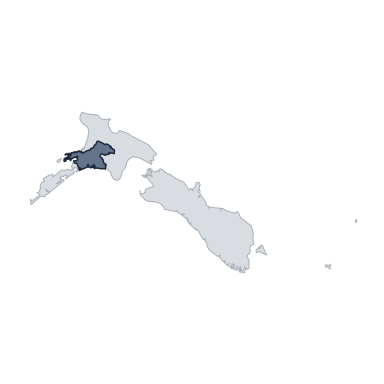 where Waikato sits in New Zealand, rotated 265°
{"feature_id": "NZL-5468", "entity_name": "Waikato", "entity_type": "Regional Council", "adm_level": 1, "iso_a3": "NZL", "parent_name": "New Zealand", "parent_adm1": "", "projection": "robinson", "projection_center": [175.468, -37.886], "detail": "fine", "context": "in_parent", "style": "filled", "palette": "slate", "viewbox_px": 384, "rotation_deg": 265, "n_neighbors": 0, "source": "natural_earth", "source_scale": "10m", "svg_char_len": 8794}
<svg xmlns="http://www.w3.org/2000/svg" viewBox="0 0 384 384"><g transform="rotate(265 192 192)"><path d="M200.8,153.9L202.5,154.0L209.9,148.7L213.0,147.6L213.8,147.4L212.1,149.0L212.5,150.2L210.8,153.8L212.3,153.2L213.1,150.7L214.1,150.2L213.7,148.8L218.2,149.3L216.7,151.8L214.3,153.3L215.8,153.4L219.2,150.8L219.2,152.3L214.8,156.6L216.2,159.0L215.1,161.0L216.3,160.7L218.0,162.2L217.0,164.2L212.3,169.2L211.6,171.7L207.3,176.1L202.7,184.4L194.1,189.7L195.7,191.2L192.7,193.1L195.1,192.8L196.8,195.9L200.7,196.9L201.0,199.9L198.5,200.8L196.0,199.4L192.4,199.9L193.6,198.7L192.1,197.8L189.5,200.4L185.6,197.4L187.8,200.9L180.3,204.8L177.2,205.2L176.1,207.3L174.3,207.5L175.4,208.2L173.2,219.1L171.1,219.1L173.1,220.3L172.8,221.4L170.4,224.5L167.1,232.8L168.4,234.7L168.3,236.1L162.1,238.2L153.1,248.1L144.8,249.5L140.0,248.4L134.6,249.1L133.6,246.3L131.7,244.8L126.7,244.9L124.3,241.8L122.3,241.0L119.9,242.7L112.2,242.4L110.8,241.9L110.4,240.7L113.2,237.6L110.6,239.3L109.5,239.1L110.5,237.7L110.3,236.4L107.2,237.7L107.3,235.0L114.3,233.3L111.5,233.1L111.3,232.1L114.0,230.1L110.3,230.3L110.8,227.9L112.8,227.9L112.0,226.2L116.2,228.0L115.6,226.3L117.2,225.8L114.3,224.6L114.1,222.9L115.6,221.6L117.5,222.1L116.1,220.6L119.5,217.6L120.3,219.9L120.5,216.6L124.7,213.4L126.5,214.7L125.7,211.7L132.8,204.2L136.8,202.2L139.1,202.6L142.8,200.3L144.4,201.2L143.7,199.5L144.2,198.7L153.7,194.4L153.7,193.0L154.7,192.8L154.0,192.4L159.4,187.7L161.7,188.1L160.3,186.7L162.6,185.5L164.8,186.4L163.5,185.0L165.5,184.1L166.6,185.3L166.6,183.5L169.9,179.7L170.5,182.7L170.9,182.3L170.7,179.3L173.0,175.8L174.8,175.1L173.9,174.1L177.1,163.2L180.6,161.8L183.8,158.6L185.8,152.5L186.4,148.0L188.3,144.6L193.7,140.3L198.1,140.3L195.0,140.7L194.6,143.0L195.6,144.9L198.9,146.2L200.8,153.9ZM197.4,32.1L202.3,40.2L204.8,37.7L205.2,39.6L209.9,41.8L210.8,41.0L214.7,43.1L215.3,46.0L218.0,45.0L221.4,51.1L220.9,52.6L222.0,54.8L219.2,55.0L225.3,64.2L224.6,67.5L225.6,69.7L224.1,73.8L226.7,75.1L227.6,74.1L232.8,76.6L234.1,80.5L236.4,80.4L235.6,71.1L234.1,68.7L235.2,67.2L238.5,72.1L239.9,71.9L241.4,76.0L243.1,84.6L245.2,87.3L244.1,86.9L243.8,87.6L244.9,88.4L254.7,92.8L262.2,94.7L266.5,93.0L269.0,89.5L273.3,86.8L277.2,87.0L281.1,89.2L278.9,94.1L276.9,104.8L272.6,107.9L271.6,113.3L272.4,115.5L271.5,117.2L269.7,114.9L265.8,114.2L259.2,116.9L257.3,119.5L257.1,122.9L259.6,125.1L255.6,133.8L253.3,136.2L242.9,152.7L233.0,159.9L231.7,159.2L230.9,156.4L226.7,156.5L227.0,153.3L226.5,152.9L224.9,154.8L223.1,154.1L230.8,142.1L232.2,136.2L230.7,133.0L228.5,130.1L222.0,127.6L218.8,124.5L212.6,122.1L210.8,120.6L210.1,118.7L211.2,115.4L214.6,113.5L219.4,112.2L222.4,109.0L224.1,98.9L226.0,95.2L225.4,92.9L227.3,91.3L224.3,84.8L224.8,82.9L223.9,82.6L222.1,78.5L223.2,78.3L224.3,80.6L225.4,78.7L227.2,78.3L225.0,75.7L222.3,76.5L220.5,75.7L219.0,71.8L216.1,67.5L217.0,67.4L219.3,69.5L220.1,67.9L218.6,65.4L219.2,63.0L217.3,61.6L217.1,63.1L213.8,60.9L211.9,57.0L212.0,59.0L215.8,64.6L214.7,65.7L214.1,65.1L204.3,50.4L207.5,46.3L205.6,47.1L203.8,49.6L202.8,48.6L202.2,46.7L199.8,44.3L200.9,42.8L200.9,40.8L193.5,30.7L198.6,30.2L197.4,32.1ZM128.6,250.7L131.4,254.4L129.9,254.1L130.0,254.9L132.8,255.7L132.9,257.3L122.8,260.7L126.5,254.4L126.1,250.8L128.6,250.7ZM106.8,321.6L107.8,323.9L104.6,322.7L102.9,323.2L105.3,321.0L105.6,318.6L107.9,318.9L106.8,321.6ZM236.0,61.8L236.6,64.7L233.5,62.6L233.3,61.1L234.1,60.0L236.0,61.8ZM212.5,146.5L210.5,147.5L211.0,145.2L213.2,143.8L212.5,146.5ZM110.6,232.3L110.4,233.6L107.5,233.1L109.7,231.6L110.6,232.3ZM149.5,352.5L150.3,353.4L148.8,353.8L147.3,352.5L149.5,352.5ZM113.5,223.9L114.2,226.0L112.3,224.9L113.5,223.9Z" fill="#d9dde1" stroke="#a8b0b8" stroke-width="1"/><path d="M222.7,107.6L222.9,107.5L222.8,107.2L222.9,106.9L223.0,106.6L223.0,106.3L223.1,103.2L223.2,102.5L223.7,101.4L223.9,100.7L224.0,100.0L224.1,99.0L224.2,98.3L224.2,97.9L224.2,97.6L224.0,97.3L223.9,97.0L224.0,96.7L224.3,96.8L224.5,96.8L224.8,96.8L225.0,96.7L225.1,96.9L225.1,97.1L225.3,97.3L225.4,97.1L225.7,97.2L225.8,97.5L226.1,97.6L226.4,97.4L226.2,97.4L225.9,97.1L226.3,96.9L226.8,97.0L227.2,96.9L227.5,96.6L227.2,96.6L226.9,96.6L226.9,96.2L226.6,95.9L226.2,95.8L225.9,95.9L225.8,96.1L225.7,96.3L225.4,96.5L225.2,96.3L225.2,96.1L225.3,95.8L225.3,95.6L225.5,95.4L225.9,95.2L226.4,94.7L226.7,94.6L226.7,94.2L226.5,93.9L226.2,93.9L225.9,94.2L225.8,94.6L225.6,94.8L225.2,94.5L225.1,94.2L225.2,92.5L225.6,91.6L226.3,91.4L227.2,91.4L228.0,91.3L227.9,91.1L227.7,90.9L227.8,90.7L228.0,90.3L227.9,90.0L227.3,90.4L227.2,90.5L227.1,90.8L227.0,90.7L226.9,90.7L226.4,90.8L226.1,90.6L225.1,87.0L224.3,85.0L224.1,84.2L224.2,83.8L224.4,83.7L224.8,83.6L225.0,83.4L225.2,83.1L225.3,82.7L225.5,82.3L225.9,82.2L225.7,81.9L225.5,82.0L225.3,82.1L225.0,82.3L224.9,82.4L224.5,83.2L224.3,83.3L223.9,83.0L223.7,82.7L223.4,82.0L224.2,81.7L225.2,81.3L226.5,80.9L228.1,80.5L229.8,80.1L230.7,79.6L230.8,78.2L231.1,77.4L231.9,77.0L232.4,77.1L233.2,76.9L233.3,77.1L233.3,77.4L233.3,77.8L233.1,79.0L233.2,79.5L233.3,79.9L233.6,80.2L233.8,80.5L234.3,80.8L235.0,80.8L235.7,80.6L236.3,80.3L236.4,80.2L236.5,80.0L236.9,80.1L236.9,80.7L237.0,81.0L237.4,81.3L237.7,81.1L237.3,80.8L237.2,80.6L237.2,80.0L237.0,79.5L237.0,79.3L236.7,78.7L236.7,77.5L236.6,77.3L236.6,77.2L236.2,76.0L236.1,75.8L236.0,75.6L235.8,75.4L235.4,75.2L235.2,75.0L235.2,74.8L235.1,74.6L235.0,74.4L234.8,74.3L235.2,74.2L235.5,74.2L235.8,74.2L236.1,73.9L235.6,73.9L235.3,73.9L235.1,73.8L235.3,73.7L235.5,73.7L235.8,73.4L235.6,73.4L235.3,73.3L236.1,73.1L236.4,72.9L236.3,72.4L236.0,72.6L235.9,72.5L235.8,72.3L235.8,72.1L235.9,71.9L235.5,71.4L235.6,70.9L235.8,70.5L235.8,70.1L235.6,70.0L235.3,69.9L235.2,69.7L234.9,69.3L234.7,69.2L234.1,69.0L233.9,68.8L233.7,68.5L233.7,68.2L233.6,67.5L233.7,67.3L234.0,67.3L234.4,67.3L234.9,67.2L235.0,67.3L235.1,67.5L235.2,67.8L235.3,67.9L235.7,68.2L235.9,68.2L236.3,67.8L236.6,68.2L236.7,68.6L236.7,69.1L236.4,69.4L236.7,69.7L237.0,69.7L237.3,69.8L237.4,70.3L237.4,70.7L237.4,70.9L237.2,70.9L237.1,70.7L236.9,70.8L236.9,71.1L237.1,71.2L237.5,71.1L237.8,71.4L237.8,71.6L237.7,71.7L237.6,71.9L237.7,72.5L237.9,72.5L238.5,72.0L238.3,71.9L238.2,71.9L238.3,71.8L238.5,71.7L238.9,71.9L239.1,71.9L239.3,71.8L239.7,71.5L239.9,71.4L240.2,71.4L240.3,71.5L240.5,71.7L240.7,71.8L240.9,71.6L241.1,71.6L241.1,71.9L241.0,72.2L240.9,72.2L240.4,72.2L240.4,72.3L240.1,72.8L239.9,72.9L239.5,73.1L239.3,73.2L239.1,73.5L238.8,73.9L239.0,74.1L239.0,74.3L239.0,74.5L239.3,74.7L239.5,74.7L239.4,74.5L239.7,74.3L239.6,73.8L239.8,73.5L240.1,73.7L240.7,73.6L241.1,73.8L241.1,74.0L241.1,74.5L241.4,75.0L241.5,75.1L241.5,75.4L241.6,76.2L241.6,76.8L241.6,77.1L241.5,77.3L241.4,77.5L241.4,77.8L241.5,77.7L241.8,77.4L242.1,77.7L242.0,78.2L241.8,78.6L241.6,79.0L241.7,79.3L241.9,79.3L242.0,79.4L242.1,79.6L242.0,80.1L242.1,80.3L242.0,80.2L241.9,80.1L241.8,79.9L241.7,79.7L241.7,80.2L241.8,80.6L241.8,80.9L241.6,81.1L242.1,81.3L242.3,81.5L242.4,81.8L242.6,82.5L242.6,83.3L242.0,83.6L242.0,84.3L241.7,84.8L241.4,84.9L241.3,85.2L241.7,85.5L241.1,85.6L240.7,85.4L240.5,85.6L240.4,85.9L240.6,86.1L240.8,86.5L240.7,86.8L240.6,87.2L240.9,87.7L240.9,88.2L241.2,88.8L241.5,89.4L242.1,90.7L242.3,92.1L242.4,92.4L242.8,92.9L242.8,93.3L242.6,93.7L242.9,94.4L243.0,94.7L243.3,94.8L243.5,94.8L244.0,95.0L244.2,95.5L244.5,95.8L244.5,96.6L244.7,97.7L245.5,98.3L246.3,98.3L246.7,98.5L247.2,99.1L247.4,99.6L247.7,100.0L247.8,100.3L248.0,100.5L250.3,101.5L250.6,101.8L250.8,102.5L250.4,104.0L250.1,104.4L249.7,104.9L249.5,105.3L249.3,105.6L249.1,106.1L248.9,106.5L248.6,107.0L247.0,109.4L247.0,110.9L247.2,111.2L246.4,112.7L245.6,113.5L244.8,114.7L244.4,115.2L243.7,114.5L243.5,114.4L243.0,115.0L242.9,115.7L242.8,115.8L242.4,116.3L241.8,116.5L241.6,116.7L241.5,117.0L241.4,117.2L241.3,117.5L241.2,117.8L241.0,118.0L240.4,118.3L239.8,118.2L238.5,118.2L237.2,117.9L237.1,117.1L237.5,116.5L237.8,115.7L238.0,114.9L237.8,114.5L237.7,114.2L237.7,113.8L238.0,113.5L238.3,113.0L238.2,112.6L237.8,112.5L237.3,112.6L236.8,112.3L236.9,111.7L237.0,111.4L237.0,111.1L236.7,110.8L236.6,110.4L236.9,109.9L236.9,109.4L236.4,109.0L236.2,108.5L236.7,107.7L237.0,107.0L237.2,106.4L237.7,105.9L237.7,105.4L237.7,105.2L237.7,104.7L237.4,104.1L236.8,103.8L236.1,103.5L235.2,103.6L234.5,104.4L233.9,105.1L233.6,105.1L233.3,105.0L232.9,105.1L232.8,105.5L232.7,105.5L232.3,106.0L231.7,106.3L231.3,106.3L230.7,106.2L230.1,106.2L230.0,106.3L229.8,106.4L229.7,106.3L229.2,106.6L228.9,106.7L227.9,106.9L227.8,107.1L227.9,107.5L227.5,108.1L227.5,108.4L226.9,108.6L226.4,108.9L226.0,108.6L225.7,108.3L225.5,108.2L225.3,108.1L225.0,108.2L223.7,108.1L222.7,107.6ZM241.0,69.9L240.8,70.0L240.6,70.0L240.4,70.0L240.3,69.9L240.2,69.8L240.2,69.7L240.3,69.6L240.3,69.4L240.2,69.4L239.9,69.3L239.9,69.1L240.3,68.9L240.4,69.1L240.5,69.6L240.8,69.6L240.9,69.8L241.0,69.9Z" fill="#64748b" stroke="#1e293b" stroke-width="1.5"/></g></svg>